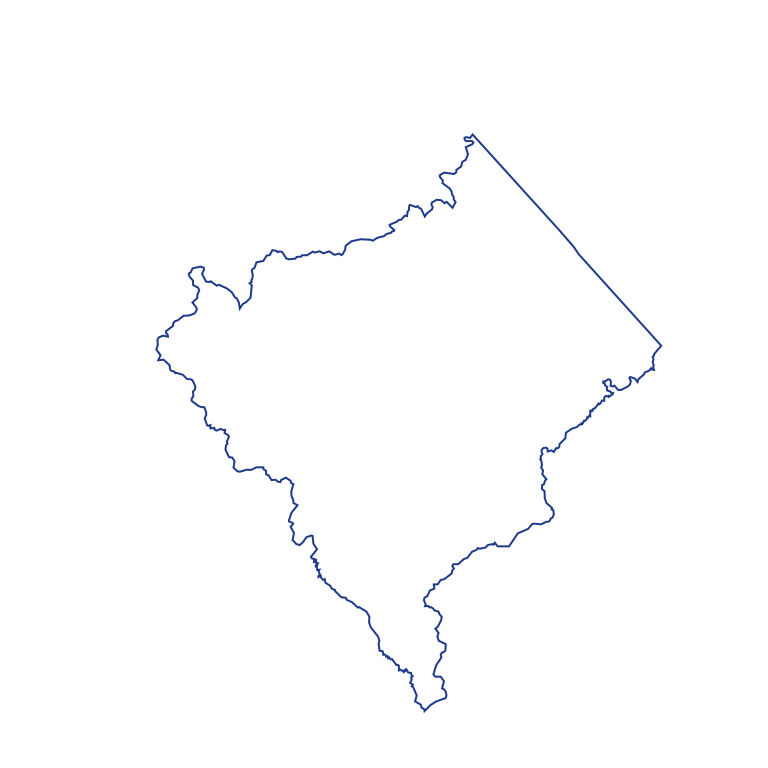 the district of Carabaya, Puno, Peru, rotated 31°
{"feature_id": "86281439B63963563505699", "entity_name": "Carabaya", "entity_type": "district", "adm_level": 2, "iso_a3": "PER", "parent_name": "Peru", "parent_adm1": "Puno", "projection": "mercator", "projection_center": [-70.113, -13.816], "detail": "fine", "context": "isolated", "style": "outline", "palette": "blue", "viewbox_px": 768, "rotation_deg": 31, "n_neighbors": 0, "source": "geoboundaries", "source_scale": "gbopen_adm2", "svg_char_len": 6153}
<svg xmlns="http://www.w3.org/2000/svg" viewBox="0 0 768 768"><g transform="rotate(31 384 384)"><path d="M513.0,609.2L517.6,614.9L520.5,613.8L522.9,616.4L523.3,615.6L525.5,615.6L526.3,616.7L527.6,615.5L528.7,616.8L529.0,615.7L531.4,616.6L532.6,615.7L539.4,618.5L540.5,617.6L541.9,617.9L544.3,621.8L545.0,620.4L547.3,620.6L548.1,619.8L549.4,620.8L550.4,618.0L549.3,618.3L549.8,617.0L553.3,618.8L556.0,617.8L557.7,619.6L559.1,619.7L558.5,621.7L560.1,623.2L560.3,626.7L563.8,627.0L563.5,628.8L565.2,628.8L572.5,634.2L574.1,640.1L580.6,639.9L582.9,642.0L586.1,642.1L587.2,643.5L589.2,635.3L592.1,629.4L598.5,621.6L598.1,619.0L595.5,616.0L593.0,614.8L590.5,615.0L588.5,607.9L583.3,605.7L578.7,608.5L576.0,607.6L573.6,598.5L574.0,588.9L572.1,586.9L571.9,584.6L573.7,582.3L573.8,580.6L570.9,575.2L563.3,575.9L559.8,573.1L559.0,569.4L554.0,567.2L555.1,564.4L554.9,561.0L554.7,557.1L553.3,553.8L550.0,552.7L547.9,551.0L543.9,552.1L541.9,551.2L539.4,551.0L538.0,552.1L536.6,551.4L533.6,553.3L533.3,551.5L529.5,548.7L528.8,546.2L530.4,543.6L529.7,537.4L532.5,533.5L529.9,530.2L533.2,528.1L533.5,522.8L536.2,520.2L539.6,511.6L538.6,508.8L538.9,506.0L536.3,504.9L536.2,502.8L540.4,500.2L542.6,493.0L545.0,490.0L545.8,482.5L548.8,478.4L548.9,476.3L550.8,476.0L555.4,471.7L555.9,468.6L559.5,465.3L560.7,465.3L560.7,463.0L565.0,464.6L574.8,458.7L575.6,443.1L582.2,433.9L583.1,427.9L584.2,426.6L591.0,423.3L593.8,418.9L596.5,416.6L596.3,413.0L597.2,411.9L596.7,408.1L594.1,405.0L592.2,405.1L592.0,403.7L584.7,402.4L580.9,399.4L576.7,393.1L573.7,392.8L571.5,389.3L572.7,387.7L571.8,383.7L572.3,382.0L566.2,379.8L564.9,376.2L561.8,374.8L561.1,372.0L558.5,368.9L556.7,368.1L556.9,367.1L555.5,365.1L556.0,362.5L553.8,360.8L553.1,359.1L553.7,356.6L555.7,355.1L557.3,355.1L559.1,357.5L561.7,354.7L564.6,354.7L564.6,350.3L566.2,349.5L566.6,347.4L565.4,345.2L567.4,337.2L565.1,332.0L568.1,325.4L571.4,321.8L572.6,317.9L574.5,316.5L573.7,315.6L574.6,315.1L574.4,312.3L575.3,312.1L575.9,310.1L575.5,308.6L576.1,307.9L575.5,307.7L576.5,305.2L577.3,305.3L574.6,300.8L576.0,300.4L575.6,299.6L576.6,299.1L576.1,297.7L577.4,295.8L577.9,290.3L578.9,290.6L579.4,289.5L579.4,285.8L581.4,285.0L579.8,282.3L580.0,280.6L580.6,279.6L583.2,279.4L582.9,278.3L584.1,277.8L585.3,274.8L585.0,273.8L583.9,274.8L581.9,273.8L578.7,274.6L577.2,273.1L577.0,271.7L574.1,271.2L572.9,270.0L571.6,270.3L570.6,268.9L572.3,267.8L573.6,264.6L575.4,263.9L577.3,265.1L579.2,268.8L581.4,268.3L582.4,266.7L587.6,268.5L590.2,267.1L594.3,260.5L595.1,257.6L594.0,254.2L591.4,252.7L591.4,251.2L596.3,250.1L600.2,251.7L599.6,249.0L601.9,241.8L601.5,239.7L604.4,236.1L604.8,233.0L606.2,233.7L608.2,232.9L606.0,230.9L605.6,229.1L603.0,226.8L602.2,223.9L600.4,222.4L600.8,220.6L600.1,219.4L601.9,208.4L483.9,172.4L476.2,168.8L455.1,161.9L331.5,124.5L331.0,128.8L327.4,130.0L326.2,131.4L327.4,133.1L329.3,133.5L334.2,130.5L336.3,130.8L336.2,133.0L332.1,138.8L337.7,143.9L338.6,149.9L336.7,153.3L338.1,157.8L335.8,163.1L336.9,165.4L335.9,167.9L326.7,171.8L324.3,176.3L325.2,177.7L329.7,179.3L330.6,181.7L339.6,182.6L343.0,184.3L344.4,186.2L347.6,187.9L348.8,190.0L351.7,191.2L352.0,197.7L344.0,195.6L342.7,197.9L338.3,197.0L334.1,199.1L331.7,203.8L332.2,205.8L334.7,207.4L335.2,209.5L332.8,216.2L332.7,219.4L325.4,214.6L323.1,215.0L321.3,214.2L320.3,215.9L314.2,217.0L313.8,218.3L315.7,221.7L315.5,224.4L317.3,228.2L315.1,229.0L314.2,234.2L312.1,235.9L311.3,238.5L306.8,244.6L307.9,245.8L313.5,246.7L313.7,247.6L312.4,248.9L312.2,250.7L308.8,254.3L307.8,257.3L302.9,262.2L300.7,266.9L298.2,267.3L289.5,271.9L282.7,278.3L279.9,285.2L281.5,288.9L281.7,294.3L281.0,295.5L278.6,295.2L275.0,298.8L268.7,298.5L264.8,303.2L260.5,303.4L256.9,307.0L254.9,307.1L251.7,313.3L247.5,315.8L247.3,317.6L243.7,320.0L243.4,322.3L238.2,326.1L235.4,326.7L228.6,323.2L226.0,324.3L225.0,325.8L223.3,325.3L219.4,326.7L219.7,332.3L217.3,334.4L217.2,340.7L212.0,345.3L213.2,351.1L212.1,353.7L212.4,355.1L215.4,358.1L217.0,361.9L216.8,363.4L218.1,364.7L216.9,366.8L219.9,367.6L225.2,378.8L223.6,385.0L221.8,388.0L221.5,393.6L217.7,388.9L213.3,386.3L211.8,386.6L206.2,383.7L200.5,383.0L191.4,383.9L190.1,385.9L182.5,385.2L182.1,386.3L178.7,387.9L171.3,383.3L170.8,378.6L169.6,377.1L166.1,378.0L160.4,383.4L160.8,388.0L159.8,389.8L161.9,392.1L166.9,393.7L169.5,397.5L175.0,397.2L177.3,398.7L178.2,404.0L179.7,406.5L177.8,412.8L183.8,415.1L185.1,416.5L185.5,419.2L185.0,421.5L181.8,425.5L177.1,428.7L174.5,435.5L172.3,438.1L172.1,440.5L173.2,442.8L170.0,451.0L170.8,452.5L173.1,453.1L174.4,454.7L169.7,456.4L166.9,460.2L167.2,463.1L169.9,466.8L171.1,471.7L177.6,474.4L178.3,479.9L182.5,476.7L190.4,478.3L193.3,481.7L194.7,482.2L198.2,481.4L199.6,482.2L200.8,481.2L206.9,479.7L212.4,481.1L216.6,479.3L218.4,479.7L223.6,483.3L224.8,486.2L224.1,488.9L226.8,492.4L226.8,496.0L227.7,497.5L236.2,498.4L239.5,497.8L241.9,496.4L246.4,500.1L247.5,502.1L248.1,505.9L253.6,510.5L255.0,510.4L256.3,508.6L258.1,511.4L261.1,509.0L262.4,510.4L264.6,510.1L267.0,506.7L270.2,506.2L271.5,505.2L272.6,508.1L276.6,508.1L278.3,509.1L279.0,514.4L280.5,515.8L280.1,517.7L281.9,521.9L288.8,526.5L291.8,525.2L295.6,527.1L298.1,533.2L303.3,534.3L305.6,533.5L310.4,528.2L314.2,526.2L317.6,521.1L323.5,517.6L324.6,519.1L327.6,519.2L329.6,522.2L332.3,521.8L337.0,524.3L340.4,521.9L343.6,522.4L345.7,521.3L345.3,519.3L348.1,514.8L353.8,515.1L355.4,516.7L357.9,516.5L359.9,524.0L362.6,527.8L366.2,530.4L367.7,532.6L372.3,532.5L371.0,541.9L372.7,549.8L373.5,550.8L377.1,550.0L378.2,550.6L377.4,554.4L383.6,558.1L386.0,564.8L391.1,566.3L394.6,565.6L395.9,561.8L396.5,555.2L399.9,551.2L401.0,551.0L405.8,557.3L411.7,560.1L410.4,569.9L412.6,570.7L414.3,569.7L415.1,571.5L415.7,569.2L416.2,571.6L416.8,570.5L417.4,571.9L419.4,571.7L418.7,573.0L419.2,575.0L420.2,574.2L420.1,575.7L421.2,575.9L422.5,577.8L424.3,576.5L424.2,578.0L427.5,580.6L426.7,582.0L427.2,583.2L428.8,581.1L429.9,582.4L432.7,583.3L433.6,581.8L436.2,584.5L441.7,584.7L444.8,586.3L448.0,585.8L448.8,586.7L457.2,588.8L461.4,586.9L463.0,588.2L468.9,587.5L476.7,589.1L477.5,588.1L486.0,588.1L491.2,590.9L494.0,596.0L497.8,599.3L509.1,603.6L512.4,606.6L513.0,609.2Z" fill="none" stroke="#1e3a8a" stroke-width="2"/></g></svg>